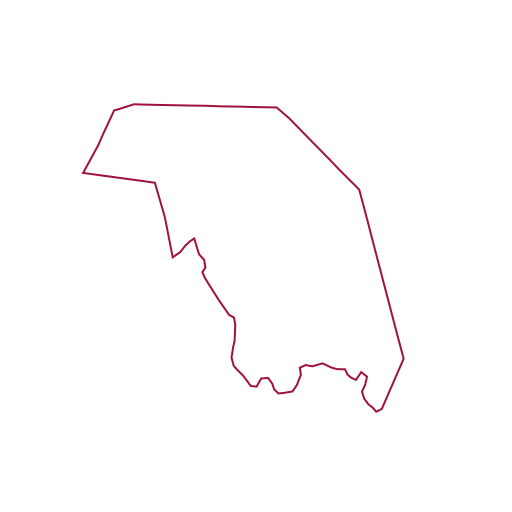 Pombos, Pernambuco, Brazil, rotated 335°
{"feature_id": "56859067B12848074206663", "entity_name": "Pombos", "entity_type": "district", "adm_level": 2, "iso_a3": "BRA", "parent_name": "Brazil", "parent_adm1": "Pernambuco", "projection": "natural_earth1", "projection_center": [-35.406, -8.189], "detail": "fine", "context": "isolated", "style": "outline", "palette": "rose", "viewbox_px": 512, "rotation_deg": 335, "n_neighbors": 0, "source": "geoboundaries", "source_scale": "gbopen_adm2", "svg_char_len": 1190}
<svg xmlns="http://www.w3.org/2000/svg" viewBox="0 0 512 512"><g transform="rotate(335 256 256)"><path d="M195.1,365.3L196.3,371.6L201.3,374.6L209.0,369.2L215.4,371.6L216.8,378.8L216.1,384.5L218.2,390.0L222.5,391.6L231.9,394.2L238.8,390.0L242.8,386.1L246.5,382.6L248.5,375.8L254.8,375.8L260.5,379.8L270.9,381.4L277.4,389.2L282.0,393.0L288.8,396.3L288.8,402.1L291.1,407.0L294.3,410.5L302.3,405.7L305.6,412.2L300.4,419.0L294.7,423.7L293.8,431.1L295.2,437.9L297.6,442.6L299.2,447.9L305.3,447.8L346.4,411.5L351.6,382.3L367.8,293.5L371.6,273.2L377.6,239.5L367.6,212.0L363.9,200.9L350.9,164.1L344.3,145.3L337.5,130.1L320.7,121.9L310.4,116.8L306.3,114.7L288.4,106.0L273.5,98.4L260.5,92.1L220.8,72.6L209.5,66.9L193.9,64.9L189.0,64.1L168.7,81.1L159.7,89.0L134.4,107.7L184.0,139.5L195.3,146.9L189.9,181.7L187.6,191.3L181.9,214.0L180.0,222.0L189.2,220.4L196.3,216.7L202.2,214.8L207.4,214.0L206.0,223.9L205.1,230.5L207.4,237.4L205.3,245.0L200.6,248.0L200.4,254.3L201.2,261.0L202.2,268.5L202.9,274.3L203.7,280.4L206.7,297.9L210.0,302.5L208.1,309.7L204.1,317.4L200.7,323.9L196.8,328.9L190.9,337.7L189.4,345.9L190.9,351.3L193.7,358.7L195.1,365.3Z" fill="none" stroke="#9f1239" stroke-width="2"/></g></svg>